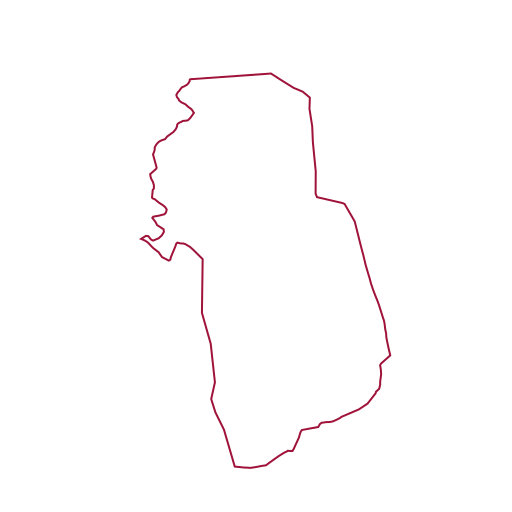 Santa Cruz Tacahua, Oaxaca, Mexico, rotated 238°
{"feature_id": "50627088B55169322722407", "entity_name": "Santa Cruz Tacahua", "entity_type": "district", "adm_level": 2, "iso_a3": "MEX", "parent_name": "Mexico", "parent_adm1": "Oaxaca", "projection": "natural_earth1", "projection_center": [-97.457, 16.92], "detail": "fine", "context": "isolated", "style": "outline", "palette": "rose", "viewbox_px": 512, "rotation_deg": 238, "n_neighbors": 0, "source": "geoboundaries", "source_scale": "gbopen_adm2", "svg_char_len": 2735}
<svg xmlns="http://www.w3.org/2000/svg" viewBox="0 0 512 512"><g transform="rotate(238 256 256)"><path d="M331.4,167.6L328.3,169.8L325.0,171.4L317.6,172.9L312.1,174.9L311.0,175.4L304.9,175.7L302.4,177.2L298.3,179.6L298.3,181.4L300.2,183.3L306.8,192.6L308.7,194.9L309.0,196.4L306.7,198.6L305.2,200.9L303.6,202.3L298.6,204.9L294.4,206.1L281.6,209.1L236.4,180.0L205.6,171.1L170.6,154.2L158.4,142.2L144.9,138.7L125.7,136.8L88.7,126.4L86.8,128.8L85.9,130.0L85.1,131.0L83.3,133.3L82.4,134.6L81.9,135.3L81.5,135.9L80.8,136.9L79.2,139.1L78.1,141.7L76.6,145.2L75.8,147.4L75.0,149.5L74.2,151.3L73.2,153.6L73.5,156.6L74.0,164.2L74.3,169.4L74.3,175.3L73.9,178.8L74.0,179.7L72.8,181.3L72.7,181.6L72.1,182.3L71.7,182.9L71.3,183.6L71.7,184.2L72.1,185.1L72.4,185.8L74.5,188.9L76.6,192.1L78.3,194.7L79.2,196.1L82.3,199.5L83.5,201.2L84.1,202.8L78.0,218.2L79.6,221.1L79.8,223.2L77.7,228.0L76.3,230.2L75.0,233.5L74.4,237.9L74.1,241.3L74.3,243.3L71.4,261.9L71.7,272.4L76.2,284.7L77.3,285.8L78.1,290.1L81.5,293.5L82.3,293.8L84.1,295.1L89.2,299.3L90.0,299.8L93.6,301.7L97.6,303.4L98.5,304.9L100.6,317.2L108.0,319.7L112.6,321.4L115.8,322.6L118.5,323.7L121.3,325.3L125.2,326.7L131.0,329.4L134.1,330.5L134.3,330.5L135.7,330.8L149.2,334.3L152.4,335.0L155.7,335.6L160.3,336.4L166.7,337.7L168.5,338.2L171.3,338.8L177.4,340.7L180.9,341.6L190.2,344.2L200.0,347.5L208.8,350.2L232.9,358.0L234.9,358.1L253.2,358.7L253.7,358.4L255.3,357.2L273.6,338.9L277.3,339.6L296.1,351.5L322.3,364.5L336.2,372.4L352.4,379.3L361.8,385.6L370.6,382.7L377.0,378.2L378.3,377.2L392.4,370.3L402.8,365.4L440.7,294.0L440.6,293.2L439.4,292.3L438.3,290.2L437.8,288.2L437.9,285.0L438.3,282.6L437.6,280.4L436.6,278.2L436.5,277.0L435.2,274.4L434.8,273.8L432.8,273.2L431.4,273.3L430.0,273.5L428.7,273.2L426.2,274.0L425.1,274.6L422.2,276.5L420.3,277.0L418.0,277.7L415.1,278.9L413.2,279.2L411.8,279.1L410.3,279.2L409.3,276.9L408.0,273.7L407.7,272.6L407.2,270.4L407.4,269.4L408.0,268.1L409.3,265.6L409.4,263.6L409.7,261.3L409.6,259.8L409.1,258.7L407.8,257.7L407.1,256.8L406.1,255.2L405.7,254.1L404.9,251.5L404.8,249.7L404.6,246.6L404.4,244.0L403.8,242.3L403.3,240.8L404.1,237.4L404.3,235.4L404.3,234.0L403.9,232.3L403.4,230.6L402.1,228.2L401.4,227.3L400.3,226.8L398.5,225.0L396.7,222.5L385.0,219.0L383.8,218.6L382.9,217.7L382.5,215.7L381.5,209.6L378.5,208.4L376.6,208.0L373.7,207.9L370.3,207.0L367.4,205.2L366.6,203.3L363.8,201.2L360.7,198.8L359.7,198.8L357.9,200.2L352.8,201.9L348.1,204.1L345.5,204.9L342.7,204.9L340.7,202.8L339.9,200.6L341.6,195.2L343.8,189.7L343.3,188.3L338.2,188.8L334.6,188.5L327.6,191.8L325.3,190.7L323.4,187.1L322.6,182.9L323.6,176.9L325.6,175.7L327.9,175.4L329.9,175.2L330.4,174.5L331.4,173.4L331.4,172.2L331.4,167.6Z" fill="none" stroke="#9f1239" stroke-width="2"/></g></svg>